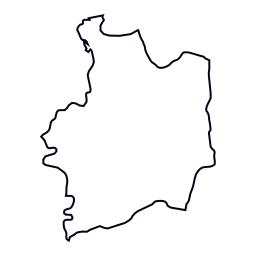 an SVG outline of Ille-et-Vilaine
{"feature_id": "FRA-5308", "entity_name": "Ille-et-Vilaine", "entity_type": "Metropolitan department", "adm_level": 1, "iso_a3": "FRA", "parent_name": "France", "parent_adm1": "", "projection": "mercator", "projection_center": [-1.688, 48.172], "detail": "fine", "context": "isolated", "style": "outline", "palette": "ink", "viewbox_px": 256, "rotation_deg": 0, "n_neighbors": 0, "source": "natural_earth", "source_scale": "10m", "svg_char_len": 2954}
<svg xmlns="http://www.w3.org/2000/svg" viewBox="0 0 256 256"><path d="M88.3,52.0L85.7,50.1L86.5,48.5L84.4,44.7L83.9,41.4L84.8,41.4L85.4,42.3L86.0,42.9L87.7,44.2L86.7,41.8L85.4,40.5L84.0,40.0L82.4,39.9L81.1,38.7L78.5,32.4L77.2,29.9L77.6,28.2L78.6,26.3L80.2,24.7L82.4,24.1L82.9,23.4L82.9,22.0L83.1,20.5L84.4,19.8L89.6,19.8L88.7,18.2L102.9,15.4L102.5,16.3L102.5,17.2L102.9,18.3L103.9,19.8L100.5,25.5L100.5,30.4L103.7,34.0L109.5,35.6L119.7,35.8L130.7,34.1L137.4,30.4L138.3,30.2L138.4,30.6L138.9,32.3L139.2,33.4L139.6,34.8L140.7,37.7L143.0,41.9L143.8,44.4L144.4,45.5L144.8,46.7L145.2,49.1L145.5,50.6L146.7,53.6L150.9,61.1L152.0,62.2L155.5,64.7L156.6,65.9L157.9,67.2L160.0,67.8L163.2,67.7L167.2,66.2L169.4,64.8L172.2,62.0L173.6,61.1L177.0,59.8L178.1,59.1L179.3,58.1L180.3,56.8L182.2,53.8L183.3,52.6L185.8,52.2L189.3,52.6L203.5,56.7L205.7,58.6L209.3,60.3L209.3,68.8L208.8,72.6L208.9,76.1L210.5,91.6L210.7,95.7L210.6,98.1L210.2,99.2L207.5,104.6L206.8,106.4L206.2,108.7L206.3,110.4L206.6,111.2L207.2,111.9L207.5,112.3L208.5,114.5L208.7,115.4L208.9,116.8L209.3,120.8L209.7,122.1L210.5,128.2L210.5,129.5L210.4,130.4L210.0,130.9L209.6,131.3L209.2,131.8L208.9,132.8L210.5,145.6L210.6,146.2L211.0,147.2L211.7,148.4L213.8,150.3L214.5,151.5L214.6,152.9L214.2,155.3L214.3,157.7L214.8,161.3L214.8,163.1L214.7,164.2L214.5,164.5L213.5,165.3L212.4,165.9L210.9,166.4L209.5,166.7L204.7,167.1L203.0,167.4L201.5,168.0L200.2,168.9L198.9,170.1L197.0,172.7L196.2,173.9L195.7,175.3L194.8,178.3L193.3,185.3L192.3,188.6L191.0,191.9L190.3,193.9L189.1,199.5L188.5,201.3L187.8,202.5L186.5,204.0L185.4,210.1L171.4,207.7L169.6,207.0L167.6,205.6L167.0,204.2L166.1,202.5L164.8,201.6L163.3,201.1L160.3,200.8L156.1,201.2L154.5,202.0L152.3,204.3L137.9,211.1L135.0,213.3L133.8,214.5L132.7,215.8L131.9,217.2L131.2,218.5L128.8,220.6L124.9,222.9L108.1,228.3L106.7,228.3L104.1,227.8L99.8,226.1L89.8,229.9L87.0,231.7L82.2,231.6L77.9,232.3L76.9,232.7L76.3,233.0L74.2,234.7L69.9,237.1L68.8,240.6L66.8,239.3L66.3,237.4L66.4,233.1L65.9,231.6L64.5,228.9L64.0,227.2L63.6,223.8L63.8,221.5L65.0,220.2L67.2,219.7L70.5,219.8L71.9,219.3L72.5,217.5L71.2,214.9L65.8,214.6L64.2,213.4L64.1,211.3L65.0,210.1L66.3,209.4L69.7,208.5L70.7,207.9L71.7,206.8L72.9,204.5L73.9,201.5L74.0,198.5L72.6,196.4L71.1,195.9L65.9,195.9L66.3,193.7L66.5,187.2L67.2,182.8L67.3,181.2L67.0,178.3L66.4,175.9L65.4,173.9L63.8,172.1L57.8,167.7L45.6,165.0L43.4,163.4L43.3,159.6L45.3,156.4L54.5,153.6L56.4,151.3L56.4,149.3L55.0,147.9L52.6,147.7L50.1,148.2L48.4,148.1L47.1,146.7L44.9,141.2L43.8,139.4L41.2,136.7L42.8,134.8L46.7,132.5L48.9,130.3L49.8,128.1L50.8,122.8L51.8,120.8L54.3,119.2L55.3,118.1L56.5,113.0L57.4,111.2L58.9,110.2L64.8,110.1L66.9,108.2L68.7,105.4L72.0,102.9L75.6,103.4L79.7,105.5L83.6,106.0L86.5,101.9L86.6,99.5L86.0,94.9L86.5,93.1L87.6,92.5L88.9,92.4L90.0,92.0L90.6,90.2L90.5,88.5L87.9,76.2L87.8,74.7L88.9,71.2L92.6,65.7L93.8,62.2L93.6,59.3L91.6,50.6L90.4,49.4L88.3,52.0Z" fill="none" stroke="#020617" stroke-width="2"/></svg>